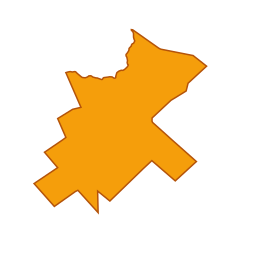 Caledonia, Vermont, United States of America (Robinson projection), rotated 196°
{"feature_id": "52423323B73732041573461", "entity_name": "Caledonia", "entity_type": "district", "adm_level": 2, "iso_a3": "USA", "parent_name": "United States of America", "parent_adm1": "Vermont", "projection": "robinson", "projection_center": [-72.042, 44.463], "detail": "fine", "context": "isolated", "style": "filled", "palette": "amber", "viewbox_px": 256, "rotation_deg": 196, "n_neighbors": 0, "source": "geoboundaries", "source_scale": "gbopen_adm2", "svg_char_len": 1361}
<svg xmlns="http://www.w3.org/2000/svg" viewBox="0 0 256 256"><g transform="rotate(196 128 128)"><path d="M203.0,164.1L178.9,134.9L186.4,130.7L198.2,117.7L185.1,101.8L187.7,98.4L201.6,81.7L184.7,70.5L203.0,48.7L177.2,32.3L161.1,52.4L159.0,54.3L133.4,38.4L139.8,59.0L125.3,52.8L102.5,92.5L96.1,103.2L68.0,90.2L54.2,112.7L53.0,114.6L81.4,128.2L105.9,140.1L106.8,141.2L107.6,144.3L94.3,166.5L82.3,179.6L82.6,187.6L69.5,209.1L85.4,215.6L118.3,212.8L120.4,213.2L150.6,223.7L151.9,223.5L151.5,222.6L150.2,222.3L148.8,220.4L147.7,216.8L146.7,215.1L145.5,213.6L145.9,211.3L146.2,210.8L147.0,210.2L147.3,209.7L147.6,208.5L147.4,207.8L148.8,205.1L148.8,204.8L148.9,204.5L148.6,203.3L148.7,202.2L149.4,199.8L150.1,198.3L150.0,197.5L149.6,196.6L148.6,195.7L147.1,192.8L146.8,190.5L145.9,189.1L145.4,189.0L145.1,188.1L145.7,186.2L147.4,183.4L148.7,182.0L150.5,181.6L152.4,180.2L152.8,179.7L153.7,178.5L154.0,177.9L154.0,177.0L154.0,174.1L153.7,173.6L153.8,172.7L154.9,172.1L155.7,172.2L157.3,172.7L158.5,172.5L159.7,172.2L161.6,171.3L165.1,169.8L165.6,169.3L166.0,167.8L166.0,167.7L166.9,167.3L171.4,167.6L172.7,167.3L175.9,167.3L177.5,167.9L178.4,167.9L180.0,167.3L181.0,165.9L182.9,164.5L185.6,164.0L186.7,164.2L191.9,166.5L193.4,167.4L194.2,167.6L194.9,167.5L196.9,166.5L199.2,166.3L201.3,165.2L203.0,164.1Z" fill="#f59e0b" stroke="#b45309" stroke-width="1.5"/></g></svg>